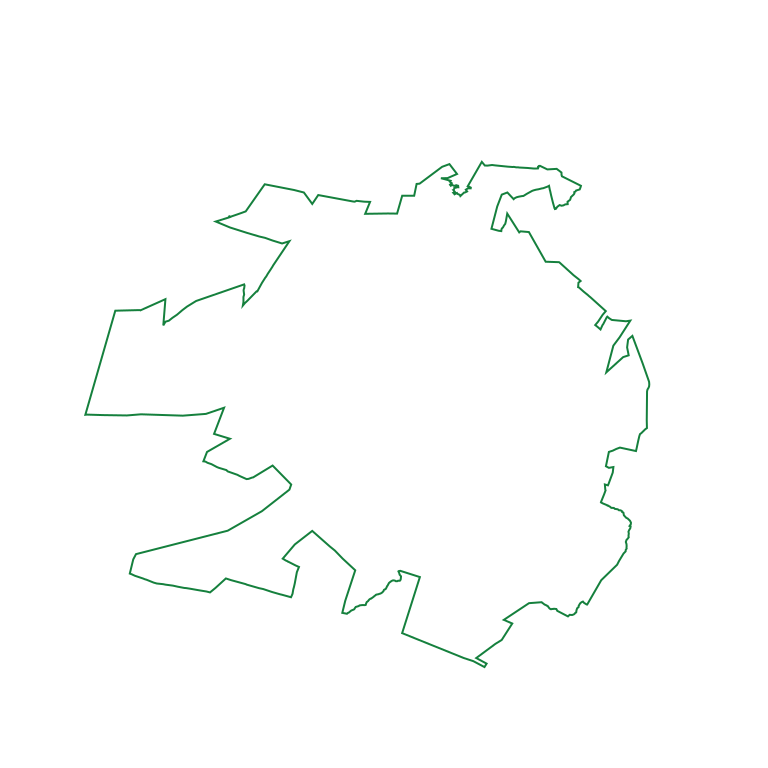 outline of Pueblo Nuevo Solistahuacán, Chiapas, Mexico, rotated 286°
{"feature_id": "50627088B52747419907097", "entity_name": "Pueblo Nuevo Solistahuacán", "entity_type": "district", "adm_level": 2, "iso_a3": "MEX", "parent_name": "Mexico", "parent_adm1": "Chiapas", "projection": "natural_earth1", "projection_center": [-92.879, 17.225], "detail": "fine", "context": "isolated", "style": "outline", "palette": "green", "viewbox_px": 768, "rotation_deg": 286, "n_neighbors": 0, "source": "geoboundaries", "source_scale": "gbopen_adm2", "svg_char_len": 6142}
<svg xmlns="http://www.w3.org/2000/svg" viewBox="0 0 768 768"><g transform="rotate(286 384 384)"><path d="M130.4,209.6L129.6,217.3L129.6,220.6L130.7,226.8L130.9,229.3L132.0,236.7L132.3,241.7L132.9,248.2L133.3,250.2L133.8,254.3L134.7,262.9L135.6,270.5L135.7,274.2L141.5,278.2L153.5,285.6L153.3,291.0L153.5,306.3L153.3,307.1L153.3,320.1L153.6,324.4L153.2,333.7L153.2,342.1L153.3,343.9L153.4,353.4L157.1,353.9L161.6,353.4L163.9,353.4L167.6,353.2L179.1,352.1L184.7,352.7L185.2,349.1L186.6,341.9L186.8,340.4L187.0,340.2L187.2,338.5L188.2,334.8L205.2,342.5L223.0,355.5L212.9,376.7L210.4,382.6L204.8,392.3L197.0,407.7L164.9,406.5L152.5,407.0L152.9,411.4L152.9,411.7L153.9,412.3L154.7,413.3L157.0,414.8L157.9,415.8L158.7,416.9L159.3,417.5L160.6,417.8L161.9,418.3L163.5,420.8L164.4,421.5L165.3,423.5L165.8,425.0L166.0,426.0L166.3,426.8L166.6,427.3L168.1,427.3L169.6,427.5L170.9,428.5L172.0,428.9L173.0,429.4L174.0,430.3L174.1,430.7L176.5,432.6L177.5,433.2L178.6,434.1L179.1,434.3L179.6,435.0L180.5,436.8L180.9,437.2L181.6,438.4L182.9,439.6L184.7,440.6L185.3,440.6L186.0,440.7L186.7,441.2L186.9,441.7L187.6,442.2L189.5,442.6L190.3,442.6L191.1,443.0L194.0,443.6L194.7,444.0L196.8,445.6L197.6,446.6L197.9,447.4L198.0,448.8L197.7,449.7L198.1,451.1L198.8,451.8L199.0,452.6L199.3,453.5L200.0,453.8L200.9,453.9L203.7,453.4L204.2,452.9L205.0,451.6L206.4,450.8L207.9,449.5L208.1,449.6L208.9,451.1L208.3,471.7L149.5,470.1L142.6,535.9L142.2,546.3L139.6,558.6L143.5,559.7L146.0,548.2L164.9,562.7L170.4,567.7L189.1,573.3L190.3,564.2L213.3,583.8L217.7,595.7L217.1,596.8L217.0,597.4L216.2,599.2L216.2,600.2L216.0,600.7L216.0,601.4L215.6,602.1L215.6,602.8L215.0,603.4L213.9,604.9L213.7,605.5L213.5,606.2L213.5,606.5L213.8,607.2L214.1,607.5L214.3,608.5L214.8,609.3L215.2,611.7L213.7,613.1L211.3,624.9L213.3,626.1L213.8,628.5L214.8,629.9L215.7,630.6L216.8,631.0L217.4,631.7L219.6,631.4L221.7,631.5L223.1,632.5L224.5,632.3L227.2,633.0L228.7,634.0L229.7,635.2L228.8,636.5L227.9,639.5L228.0,640.1L255.3,646.9L274.5,657.9L278.6,658.7L287.1,661.0L289.7,662.4L291.1,662.1L292.7,662.6L293.6,662.2L295.1,661.9L297.0,661.2L298.8,660.0L301.0,660.1L302.3,660.8L304.1,661.5L305.3,660.9L307.8,660.5L309.4,659.7L311.1,659.9L313.2,660.5L315.1,660.3L315.2,659.2L317.4,659.9L318.8,659.6L320.4,658.1L321.9,655.2L322.1,653.8L323.9,650.8L326.3,649.6L326.6,648.2L327.2,648.1L327.8,646.3L327.4,644.7L328.0,643.2L327.6,640.3L328.2,639.1L327.6,636.6L328.4,634.9L328.7,633.3L328.7,632.7L328.9,632.7L329.5,627.5L329.9,625.4L330.1,625.1L338.6,626.0L342.9,626.3L343.3,625.9L348.3,624.0L348.3,627.2L349.9,627.4L361.9,628.3L367.4,627.4L365.4,623.3L366.1,620.0L380.7,618.9L383.0,622.3L385.6,625.2L387.9,628.3L389.0,644.7L391.3,644.6L399.9,644.0L404.2,643.8L406.4,643.9L407.7,644.9L412.5,647.6L414.1,648.9L421.8,646.5L449.4,638.9L451.3,638.8L453.1,639.3L454.7,639.5L456.8,639.1L459.2,638.2L475.3,626.8L498.7,609.5L494.0,606.4L486.2,607.6L479.0,611.3L475.8,606.5L456.5,594.5L484.1,593.9L493.8,597.6L512.8,603.3L511.0,599.3L508.4,585.5L508.4,585.2L508.9,583.6L509.3,582.2L510.3,580.1L509.4,579.7L501.8,578.2L500.9,577.8L496.1,577.1L497.5,574.1L497.9,573.2L498.9,570.8L502.9,572.6L510.8,575.1L515.2,577.1L524.2,558.7L525.1,556.6L525.5,555.9L527.8,550.5L530.2,545.5L530.6,544.6L530.6,543.9L535.0,543.0L537.2,544.6L538.4,542.2L540.8,536.3L549.3,519.0L549.3,518.5L546.1,505.7L570.0,481.4L568.4,473.2L567.0,472.2L581.8,455.5L574.0,456.3L571.3,456.4L569.6,455.7L567.3,455.2L566.1,454.5L565.2,454.3L563.3,454.6L562.9,452.0L562.8,444.5L585.8,443.9L598.5,445.0L602.1,449.8L597.4,457.7L598.3,458.1L600.0,459.9L601.2,461.9L602.6,464.7L603.2,466.2L606.2,468.9L610.5,473.2L611.3,474.3L612.7,476.6L613.7,478.7L615.5,481.8L616.1,483.1L618.9,486.9L620.0,488.0L616.3,489.9L615.2,490.6L611.3,492.7L605.4,496.1L600.2,499.3L600.3,499.6L599.3,500.1L599.7,500.9L602.2,501.8L604.4,503.5L604.3,505.5L605.2,507.3L606.6,508.7L607.5,511.0L609.8,510.2L612.3,512.1L613.6,512.2L615.2,512.2L618.4,514.1L619.6,514.5L620.9,514.0L621.8,515.0L622.9,515.3L625.0,518.5L627.2,518.7L628.8,518.7L632.7,497.8L634.0,497.0L636.2,496.3L638.4,490.7L635.3,481.9L636.7,473.8L636.3,472.8L635.8,472.6L635.3,472.2L634.5,472.4L634.5,472.7L633.6,472.6L632.4,468.5L631.2,462.3L629.3,454.0L629.3,453.5L628.7,451.2L628.5,448.9L628.1,448.1L627.1,443.4L624.8,430.7L624.3,427.5L622.5,423.4L621.8,420.7L624.5,416.8L597.2,410.0L597.2,411.0L596.7,413.3L596.0,413.4L595.2,410.7L593.3,409.1L592.0,410.8L590.4,409.0L590.1,408.2L585.7,405.6L586.7,404.8L587.0,402.3L587.7,401.5L585.8,399.5L586.4,398.8L586.9,397.9L588.1,399.3L589.5,397.3L589.6,397.5L591.6,397.7L591.9,397.6L592.7,399.3L593.2,399.8L593.6,401.2L595.0,400.6L595.0,399.1L594.4,399.4L594.1,397.3L593.8,396.6L594.2,394.4L593.0,393.6L593.8,392.5L594.3,392.8L594.9,393.5L595.7,393.8L596.7,391.5L597.7,391.9L597.6,385.6L597.5,382.0L599.4,388.3L606.0,396.3L613.4,386.3L608.8,380.0L586.4,363.0L585.3,360.2L573.3,361.1L570.0,349.6L551.4,349.6L549.0,340.8L542.4,319.0L555.2,320.4L553.8,314.7L552.5,307.1L551.2,305.6L550.9,303.9L547.5,268.7L537.3,265.4L539.5,262.6L546.0,254.2L545.7,244.1L543.1,214.3L511.8,203.5L509.4,200.2L506.2,195.7L502.5,190.4L502.6,189.1L502.0,188.9L501.7,189.5L493.8,177.5L492.0,192.8L491.5,210.9L491.4,223.5L491.7,229.4L491.2,237.3L491.0,247.3L495.2,253.7L467.3,244.7L466.3,244.5L462.3,243.3L457.9,241.9L454.7,241.1L453.6,240.6L447.5,238.8L438.1,236.7L438.0,236.0L426.1,229.6L423.5,228.0L420.5,226.7L424.1,226.3L428.9,224.9L431.4,224.9L435.1,223.3L436.3,223.1L437.4,223.2L440.2,222.8L441.2,222.1L412.0,180.5L404.1,173.3L399.4,169.8L393.5,165.9L389.3,162.4L385.5,159.7L383.7,156.8L379.5,155.7L405.3,150.5L387.7,129.6L387.8,129.4L387.5,128.1L380.4,105.5L272.1,105.4L272.7,106.9L276.7,122.6L282.9,145.5L287.9,158.8L298.1,199.3L306.2,221.1L317.1,236.8L289.2,234.4L288.9,251.0L269.9,232.6L259.9,231.7L260.2,233.8L259.6,236.1L259.4,240.2L258.1,246.3L257.9,248.3L257.8,256.3L257.5,256.7L256.9,257.9L256.3,268.1L255.8,270.4L254.7,278.1L255.5,280.0L257.7,283.0L258.1,283.9L274.9,299.4L261.8,322.5L256.4,322.2L228.1,301.7L199.9,274.2L152.1,192.5L146.3,191.3L131.7,191.9L131.5,194.5L131.4,194.8L131.0,197.4L130.6,206.2L130.4,207.8L130.4,209.6Z" fill="none" stroke="#15803d" stroke-width="2"/></g></svg>